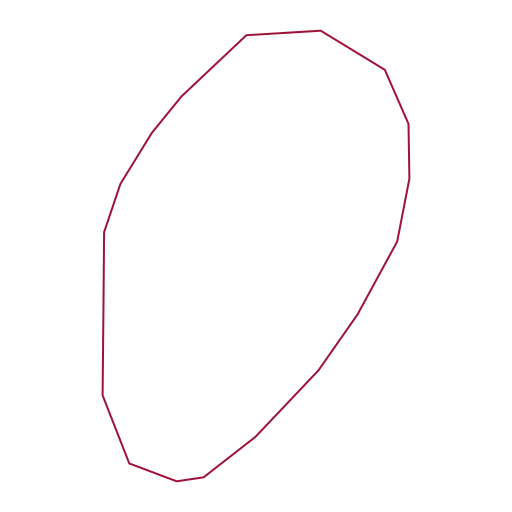 Chongnam, P'yŏngan-namdo, North Korea
{"feature_id": "82179303B42180748236160", "entity_name": "Chongnam", "entity_type": "district", "adm_level": 2, "iso_a3": "PRK", "parent_name": "North Korea", "parent_adm1": "P'yŏngan-namdo", "projection": "albers", "projection_center": [125.451, 39.479], "detail": "fine", "context": "isolated", "style": "outline", "palette": "rose", "viewbox_px": 512, "rotation_deg": 0, "n_neighbors": 0, "source": "geoboundaries", "source_scale": "gbopen_adm2", "svg_char_len": 351}
<svg xmlns="http://www.w3.org/2000/svg" viewBox="0 0 512 512"><path d="M176.7,481.3L203.6,477.3L255.4,436.9L318.5,370.3L357.5,314.5L397.2,241.5L409.4,178.7L408.5,123.9L384.8,69.8L320.7,30.7L246.4,35.2L181.4,96.5L151.9,132.8L120.4,183.9L104.1,232.2L103.4,313.8L102.6,395.4L129.3,463.5L176.7,481.3Z" fill="none" stroke="#9f1239" stroke-width="2"/></svg>